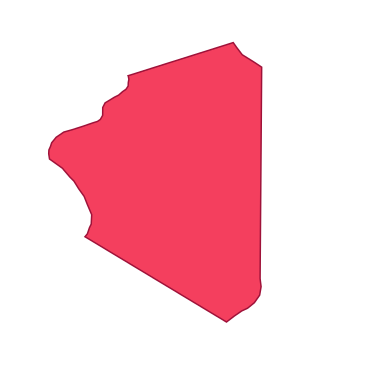 Bongalo, Choiseul, Saint Lucia, rotated 335°
{"feature_id": "8701671B48752097884677", "entity_name": "Bongalo", "entity_type": "district", "adm_level": 2, "iso_a3": "LCA", "parent_name": "Saint Lucia", "parent_adm1": "Choiseul", "projection": "orthographic", "projection_center": [-61.031, 13.766], "detail": "fine", "context": "isolated", "style": "filled", "palette": "rose", "viewbox_px": 384, "rotation_deg": 335, "n_neighbors": 0, "source": "geoboundaries", "source_scale": "gbopen_adm2", "svg_char_len": 726}
<svg xmlns="http://www.w3.org/2000/svg" viewBox="0 0 384 384"><g transform="rotate(335 192 192)"><path d="M76.1,187.3L168.3,324.4L177.9,322.3L186.8,320.8L193.3,320.8L201.7,318.7L209.7,314.1L214.6,307.0L217.1,299.3L307.9,108.3L303.5,101.1L295.5,88.8L293.5,79.6L292.5,74.0L183.2,59.6L183.2,60.2L182.4,63.2L180.5,65.9L178.9,69.0L175.6,71.0L171.5,71.7L166.4,73.2L161.8,73.3L150.9,74.5L146.8,77.7L143.4,84.8L139.6,87.5L136.1,88.1L131.9,87.5L119.0,86.1L109.0,84.8L101.1,83.5L92.0,85.0L85.6,88.1L83.0,90.9L80.1,93.4L78.3,96.8L76.8,101.9L84.7,115.9L85.1,117.7L87.7,127.0L89.6,132.2L90.7,141.3L92.4,150.4L91.9,158.9L91.5,170.2L87.1,178.5L84.0,181.0L79.5,185.7L76.1,187.3Z" fill="#f43f5e" stroke="#9f1239" stroke-width="1.5"/></g></svg>